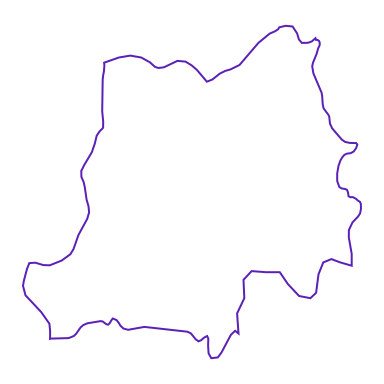 an SVG outline of Poni
{"feature_id": "BFA-2837", "entity_name": "Poni", "entity_type": "Province", "adm_level": 1, "iso_a3": "BFA", "parent_name": "Burkina Faso", "parent_adm1": "", "projection": "equal_earth", "projection_center": [-3.283, 10.293], "detail": "fine", "context": "isolated", "style": "outline", "palette": "violet", "viewbox_px": 384, "rotation_deg": 0, "n_neighbors": 0, "source": "natural_earth", "source_scale": "10m", "svg_char_len": 2175}
<svg xmlns="http://www.w3.org/2000/svg" viewBox="0 0 384 384"><path d="M128.1,329.8L123.4,328.5L120.5,325.8L118.7,322.8L116.6,320.1L112.9,318.5L112.0,319.4L109.4,323.6L108.0,324.7L106.3,324.2L102.7,321.5L100.7,321.1L87.4,323.3L83.4,325.0L80.6,327.4L76.2,333.7L73.9,336.0L68.6,338.1L50.5,338.6L50.0,338.8L50.0,338.7L50.1,336.7L50.1,330.8L49.4,323.7L41.3,312.2L25.5,295.3L23.0,285.8L23.9,280.6L27.0,268.9L29.3,263.1L35.3,262.7L43.4,265.1L49.8,265.3L61.6,260.6L70.4,254.2L73.5,249.1L78.5,234.9L87.2,218.9L89.1,212.4L88.5,206.2L86.6,199.7L84.8,187.3L83.7,182.2L81.4,176.8L81.3,170.7L82.7,168.2L84.0,165.4L91.8,152.3L94.8,143.6L96.7,135.7L99.5,131.5L101.8,129.2L103.1,127.7L103.2,121.6L102.2,111.3L102.7,79.2L103.2,75.1L103.9,71.6L104.4,65.4L104.1,62.7L118.9,57.5L130.3,55.6L141.2,57.5L149.9,62.3L154.9,66.8L158.4,68.0L163.9,67.3L177.4,60.9L185.5,61.6L191.7,65.4L196.9,69.9L206.9,81.7L212.4,79.5L219.8,73.6L225.3,70.9L230.5,69.4L239.5,65.0L258.5,42.8L269.7,33.6L274.8,31.4L278.1,29.3L279.3,27.3L285.8,25.8L292.6,26.5L297.1,33.4L298.9,39.4L301.8,42.9L307.9,42.8L311.7,41.5L315.5,38.2L315.9,39.8L316.5,39.8L317.6,40.0L318.9,40.8L319.7,42.5L319.7,44.9L319.1,46.5L318.3,47.9L316.6,53.9L313.0,62.7L312.2,66.3L313.4,73.4L321.6,92.7L322.2,96.3L322.7,104.2L323.4,107.8L324.7,109.9L328.4,114.8L329.2,116.5L330.0,123.7L332.2,128.4L341.8,139.6L345.1,141.9L349.6,142.9L356.3,143.1L357.3,144.7L356.1,148.2L353.6,151.6L350.6,153.2L347.1,153.6L344.5,154.8L342.4,157.1L340.4,160.5L338.5,165.9L337.2,173.4L337.2,181.1L339.4,187.1L341.8,188.5L344.6,188.9L346.9,189.7L347.9,192.1L348.6,196.3L350.3,197.2L352.7,197.1L355.4,198.4L358.1,200.7L359.9,201.8L360.8,203.7L361.0,208.5L360.1,213.4L358.0,216.6L352.5,222.4L348.9,230.0L348.8,237.3L351.7,253.9L351.7,265.7L340.2,262.4L331.4,259.1L323.3,262.4L318.5,274.3L316.1,292.8L310.4,298.2L299.1,296.0L287.9,284.1L279.8,272.2L266.1,272.2L251.6,271.1L243.5,279.8L244.3,298.2L237.1,313.4L238.5,333.5L235.1,330.8L230.9,334.8L221.6,352.3L217.9,357.4L211.3,358.2L208.6,353.4L208.1,345.9L208.3,338.6L207.1,336.0L204.3,337.5L201.1,340.2L198.6,341.3L195.7,339.3L190.9,333.4L187.4,331.7L144.4,326.9L128.1,329.8Z" fill="none" stroke="#5b21b6" stroke-width="2"/></svg>